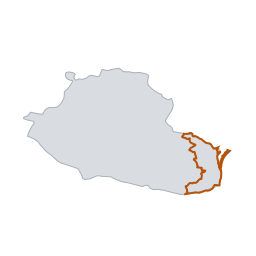 where Klaipedos sits in Lithuania, rotated 189°
{"feature_id": "LTU-935", "entity_name": "Klaipedos", "entity_type": "County", "adm_level": 1, "iso_a3": "LTU", "parent_name": "Lithuania", "parent_adm1": "", "projection": "robinson", "projection_center": [21.636, 55.706], "detail": "fine", "context": "in_parent", "style": "outline", "palette": "amber", "viewbox_px": 256, "rotation_deg": 189, "n_neighbors": 0, "source": "natural_earth", "source_scale": "10m", "svg_char_len": 5181}
<svg xmlns="http://www.w3.org/2000/svg" viewBox="0 0 256 256"><g transform="rotate(189 128 128)"><path d="M90.0,164.0L88.5,161.8L86.9,157.7L87.0,154.5L87.9,151.2L92.2,141.7L92.0,140.2L88.8,137.5L84.9,135.5L82.7,131.5L74.8,131.3L67.3,131.5L65.0,131.3L57.9,129.6L51.0,126.9L46.5,125.4L42.6,123.6L40.6,121.7L37.3,122.2L35.1,122.2L35.1,121.9L33.8,118.6L35.2,113.6L32.8,106.3L29.0,97.4L28.7,88.0L28.4,85.8L38.0,80.5L50.0,74.8L52.7,74.3L63.8,70.9L65.2,70.6L75.2,71.3L83.0,72.1L89.6,72.0L93.2,71.1L96.5,71.8L99.2,74.4L101.9,74.1L104.5,72.4L119.3,73.9L122.6,73.9L126.4,74.1L133.3,75.7L137.3,77.1L146.1,76.2L149.8,76.2L151.8,75.6L157.7,71.8L160.3,71.1L162.7,70.4L164.9,71.0L166.4,74.3L171.0,80.0L175.9,80.9L189.4,83.1L192.1,84.3L199.9,89.3L204.5,91.7L207.4,93.7L211.9,97.5L214.6,100.3L218.9,102.4L224.0,103.8L225.8,104.0L225.8,106.1L225.0,109.5L223.5,113.9L221.8,117.4L221.5,118.7L222.8,119.8L229.5,120.3L232.3,120.9L232.9,121.8L231.5,123.0L229.4,124.0L228.5,125.0L226.9,128.3L215.8,127.9L214.4,128.6L213.7,130.1L213.2,131.9L211.9,134.0L209.0,135.9L204.4,136.6L200.7,137.9L197.9,141.9L196.0,147.3L196.1,151.1L196.5,153.2L196.2,154.4L194.9,155.7L192.6,159.2L190.8,163.1L190.1,165.2L190.5,166.2L192.7,166.2L195.8,167.0L197.4,168.5L198.1,170.3L198.1,172.3L197.6,173.3L195.1,174.1L191.3,174.1L189.0,173.2L188.5,172.5L189.5,170.6L188.7,168.3L187.1,167.0L183.9,168.9L180.7,168.9L177.0,170.7L174.6,173.4L172.3,174.4L165.9,173.9L164.3,175.1L163.1,180.7L162.4,181.8L157.1,181.5L152.0,183.8L146.2,185.6L143.3,184.3L141.6,182.9L138.4,183.2L135.0,183.8L132.7,183.4L130.1,183.6L125.1,184.7L118.8,184.3L116.1,183.4L115.8,182.5L116.0,180.3L115.9,176.9L114.9,173.9L111.8,171.3L108.7,169.4L104.6,167.5L101.6,166.7L100.0,166.5L99.6,165.4L99.0,164.4L97.6,163.6L94.6,162.5L92.1,162.2L90.0,164.0ZM25.1,121.6L23.1,121.2L27.2,116.0L28.7,112.6L29.8,107.8L30.8,106.3L30.8,108.5L30.4,112.1L27.8,118.3L25.1,121.6Z" fill="#d9dde1" stroke="#a8b0b8" stroke-width="1"/><path d="M28.7,85.7L30.0,85.5L32.1,85.5L33.6,85.2L34.1,84.3L34.4,83.1L35.0,81.6L35.9,80.6L37.1,79.7L38.4,78.9L39.5,78.5L41.1,78.4L41.7,78.3L44.0,77.0L46.6,75.6L47.9,75.1L51.1,75.0L52.9,74.4L61.0,71.7L60.9,72.1L60.4,72.4L59.2,72.9L58.9,73.1L58.8,73.4L58.9,73.7L59.1,74.0L59.3,74.1L59.7,74.4L59.9,74.8L59.9,75.7L60.0,76.2L60.1,76.6L60.5,76.9L60.7,77.2L61.7,78.9L61.9,79.3L61.8,79.5L61.5,79.6L61.1,79.7L60.8,79.8L60.6,80.0L60.4,80.4L60.1,80.7L60.0,80.9L59.5,81.7L58.7,83.0L58.4,83.2L58.0,83.4L56.3,83.4L55.8,83.4L55.5,83.6L55.2,84.0L54.9,84.1L54.5,84.2L53.1,84.3L52.7,84.4L51.1,85.6L50.8,86.5L49.6,88.2L49.2,88.6L48.9,88.8L48.1,88.9L47.6,89.2L47.5,89.5L47.6,90.0L47.7,90.3L47.5,92.1L47.6,92.5L47.7,92.9L47.8,93.2L48.5,93.9L48.6,94.2L48.7,94.5L48.1,95.0L48.0,95.3L47.8,95.4L45.9,96.5L45.4,96.9L45.2,97.2L45.1,97.4L45.1,97.6L45.1,97.9L46.6,98.0L47.0,98.0L47.4,97.8L48.1,97.4L48.3,97.4L48.3,97.7L48.3,98.0L48.7,98.7L49.0,98.9L49.2,99.1L49.2,99.3L49.1,99.5L48.9,99.7L48.8,99.9L49.0,100.2L49.3,100.3L49.7,100.2L50.1,100.1L51.8,100.1L52.6,99.9L53.2,99.9L53.5,100.0L53.5,100.4L53.5,100.7L53.4,100.9L53.4,101.1L53.2,101.4L53.3,101.7L54.0,102.5L54.1,102.8L54.2,103.0L54.3,103.6L54.5,103.9L54.8,104.2L54.9,104.4L55.0,104.7L56.1,105.8L58.0,107.0L58.1,107.4L58.0,107.6L57.8,107.9L57.6,108.1L55.7,108.7L55.8,109.1L56.3,109.4L56.4,109.7L56.7,111.2L56.9,111.5L57.4,111.9L57.5,112.3L58.3,114.5L58.7,114.8L59.0,114.8L59.7,114.4L60.0,114.3L60.3,114.4L61.1,114.9L62.5,115.4L63.7,115.6L63.9,115.7L64.0,115.9L64.0,116.2L63.4,116.5L63.2,117.7L62.9,118.1L62.4,118.5L61.8,118.9L59.2,121.1L58.8,121.7L58.9,122.0L59.3,122.2L60.5,122.3L63.9,123.4L64.2,123.6L64.4,123.9L64.8,124.9L65.4,125.8L65.5,126.1L65.4,126.3L65.2,127.0L65.4,127.3L65.7,127.3L66.1,127.1L66.8,126.7L67.0,126.6L68.0,126.4L68.3,126.5L68.7,126.6L69.3,127.1L69.7,127.2L70.1,127.2L70.9,127.1L71.2,127.2L71.5,127.3L71.8,127.3L72.1,127.3L72.4,127.3L73.0,127.6L73.1,128.1L72.9,128.3L72.6,128.7L72.5,129.1L72.1,129.8L72.0,130.0L72.0,131.0L71.4,131.0L67.5,131.7L67.0,132.1L66.6,132.5L66.0,132.8L65.1,132.9L64.2,132.7L63.4,132.2L63.1,131.4L63.1,130.7L62.9,130.2L62.5,130.0L61.6,130.0L60.6,130.5L60.3,130.6L60.0,130.5L59.1,130.1L57.8,129.9L57.2,129.6L55.9,128.8L53.5,128.4L52.8,128.0L52.2,127.4L49.7,126.0L48.3,125.5L44.6,125.4L43.3,124.6L41.1,121.9L40.0,121.1L39.1,121.2L36.2,122.9L36.3,122.7L36.1,121.7L36.1,121.3L36.3,121.2L36.6,121.2L36.8,121.2L37.1,120.8L37.0,120.4L36.7,119.9L36.4,119.4L36.2,119.2L35.9,119.0L35.8,118.5L35.8,117.5L35.5,117.5L33.4,118.9L33.2,118.5L33.2,118.4L33.3,118.4L34.7,116.1L35.0,115.8L35.5,115.3L35.5,114.2L35.1,112.4L34.7,111.0L34.6,110.7L34.1,110.3L33.8,109.9L33.7,109.5L33.7,108.9L33.8,108.5L33.8,108.2L33.7,107.7L32.3,105.2L32.1,104.4L32.0,103.5L31.7,103.1L30.3,101.2L29.9,101.0L29.6,100.8L29.4,100.5L29.2,99.4L28.9,98.5L28.4,94.7L28.4,92.7L28.4,92.2L28.8,91.6L28.9,91.2L28.9,87.3L28.7,85.7ZM26.3,121.8L24.0,121.4L26.6,118.1L28.2,115.4L29.6,111.7L30.0,107.9L30.3,107.1L30.1,106.9L30.3,106.5L29.9,105.6L30.1,102.8L29.8,101.5L30.9,102.6L31.4,104.6L31.5,108.5L31.4,109.1L31.1,109.8L31.0,110.4L31.0,112.1L30.6,112.8L30.0,113.6L29.8,114.3L30.5,114.9L30.5,115.2L30.0,115.6L29.3,116.5L28.7,117.5L28.5,118.4L28.0,119.3L26.3,121.0L26.3,121.8Z" fill="none" stroke="#b45309" stroke-width="2"/></g></svg>